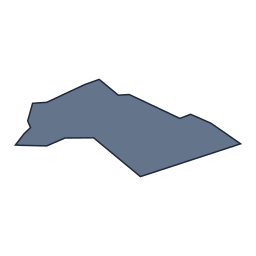 Nea Dimmata, Paphos, Cyprus (Robinson projection)
{"feature_id": "46923920B46387539278372", "entity_name": "Nea Dimmata", "entity_type": "district", "adm_level": 2, "iso_a3": "CYP", "parent_name": "Cyprus", "parent_adm1": "Paphos", "projection": "robinson", "projection_center": [32.536, 35.136], "detail": "fine", "context": "isolated", "style": "filled", "palette": "slate", "viewbox_px": 256, "rotation_deg": 0, "n_neighbors": 0, "source": "geoboundaries", "source_scale": "gbopen_adm2", "svg_char_len": 366}
<svg xmlns="http://www.w3.org/2000/svg" viewBox="0 0 256 256"><path d="M140.4,176.6L240.6,143.8L210.7,123.1L190.6,114.3L179.8,118.4L129.2,94.5L118.3,95.2L99.2,79.4L84.9,84.5L70.7,91.1L46.8,102.3L32.6,103.3L27.7,120.9L30.5,127.6L24.2,133.6L15.4,145.0L19.8,145.3L46.7,145.9L65.0,138.0L93.6,137.8L140.4,176.6Z" fill="#64748b" stroke="#1e293b" stroke-width="1.5"/></svg>